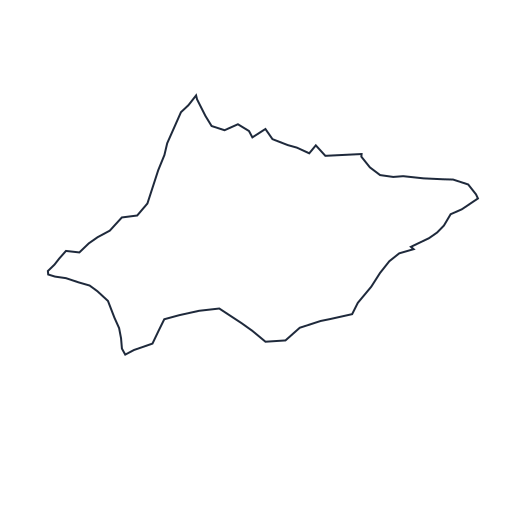 the district of Agia Varvara Pafou, Paphos, Cyprus, rotated 198°
{"feature_id": "46923920B68464989729960", "entity_name": "Agia Varvara Pafou", "entity_type": "district", "adm_level": 2, "iso_a3": "CYP", "parent_name": "Cyprus", "parent_adm1": "Paphos", "projection": "robinson", "projection_center": [32.509, 34.758], "detail": "fine", "context": "isolated", "style": "outline", "palette": "slate", "viewbox_px": 512, "rotation_deg": 198, "n_neighbors": 0, "source": "geoboundaries", "source_scale": "gbopen_adm2", "svg_char_len": 1188}
<svg xmlns="http://www.w3.org/2000/svg" viewBox="0 0 512 512"><g transform="rotate(198 256 256)"><path d="M62.7,379.3L65.8,382.6L76.3,389.6L92.2,389.6L101.7,386.8L120.7,381.6L140.7,377.4L149.9,373.6L163.0,371.3L175.1,375.5L186.5,383.0L187.1,385.6L221.0,372.7L233.3,379.7L237.1,370.1L250.7,371.7L260.0,371.3L276.4,372.2L286.3,379.7L296.1,367.7L301.3,372.7L313.9,375.7L324.8,365.9L338.4,365.9L347.4,373.6L360.5,386.8L362.6,390.2L366.8,378.7L371.8,369.6L373.3,355.0L375.3,335.8L374.3,323.7L375.5,307.4L375.5,295.6L375.5,284.0L375.5,272.4L381.5,257.8L395.5,251.2L402.9,234.9L412.4,225.0L418.9,216.4L425.1,204.8L438.3,202.1L442.3,192.9L445.0,185.5L449.3,177.4L447.9,174.2L440.8,174.3L429.9,176.2L416.7,176.1L405.1,176.5L396.0,173.5L382.9,167.5L371.6,153.6L363.9,145.1L358.9,136.0L354.9,126.5L349.9,121.8L343.0,128.9L327.4,140.7L325.5,155.0L323.7,167.5L310.7,176.0L293.2,186.3L274.7,194.7L249.1,187.7L236.4,183.7L220.5,177.4L201.9,184.8L192.2,201.3L174.4,214.2L165.9,219.0L146.6,230.4L144.7,242.9L136.9,262.4L132.8,278.2L127.6,292.2L120.6,302.8L108.2,311.2L111.5,312.6L96.9,326.5L91.0,334.3L86.7,343.0L83.8,355.9L74.7,364.0L62.7,379.3Z" fill="none" stroke="#1e293b" stroke-width="2"/></g></svg>